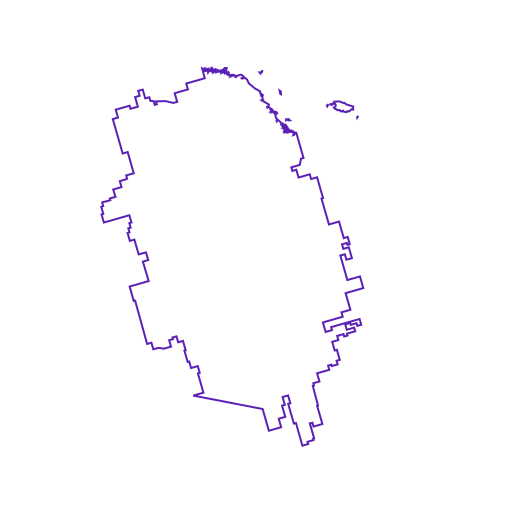 Ashburton, Western Australia, Australia, rotated 74°
{"feature_id": "25037944B95548638033328", "entity_name": "Ashburton", "entity_type": "district", "adm_level": 2, "iso_a3": "AUS", "parent_name": "Australia", "parent_adm1": "Western Australia", "projection": "mercator", "projection_center": [115.241, -22.235], "detail": "fine", "context": "isolated", "style": "outline", "palette": "violet", "viewbox_px": 512, "rotation_deg": 74, "n_neighbors": 0, "source": "geoboundaries", "source_scale": "gbopen_adm2", "svg_char_len": 6052}
<svg xmlns="http://www.w3.org/2000/svg" viewBox="0 0 512 512"><g transform="rotate(74 256 256)"><path d="M345.1,173.8L345.1,203.4L348.2,203.4L348.2,210.0L338.3,210.0L338.3,189.4L333.7,189.4L333.7,180.1L316.4,180.1L316.4,161.7L304.3,161.7L304.3,174.8L278.8,174.8L278.8,170.1L284.5,170.1L284.5,164.4L273.2,164.4L273.2,170.1L268.5,170.1L268.5,165.0L270.5,165.0L270.5,162.6L263.0,162.6L263.0,166.7L245.8,166.7L245.8,177.2L218.9,177.2L218.9,175.6L197.2,175.6L197.2,181.8L192.3,181.8L192.3,193.5L184.2,193.5L184.2,197.6L180.5,197.6L180.5,188.8L174.8,185.9L174.8,183.3L148.8,183.3L148.3,183.9L148.6,184.5L149.0,184.0L148.7,185.0L149.5,185.6L150.2,184.8L149.4,185.8L149.8,185.9L149.9,186.3L150.1,186.3L150.1,186.6L149.3,185.8L149.5,186.5L149.6,187.3L149.0,185.6L147.2,186.1L147.7,185.6L147.1,185.5L145.7,186.7L146.1,187.1L146.0,187.6L145.6,187.1L144.9,188.0L145.1,188.7L145.4,188.5L145.8,188.5L146.2,187.6L146.5,187.5L145.8,188.6L145.1,188.9L145.8,189.3L145.8,188.8L146.6,187.8L146.0,189.3L145.8,189.5L145.0,189.0L143.9,189.7L143.9,190.3L144.3,190.0L145.2,190.3L144.3,190.0L144.1,191.0L146.1,191.7L145.3,193.0L145.3,191.7L144.5,191.6L144.0,192.5L144.0,193.8L144.5,193.7L145.1,194.1L145.1,193.9L145.1,194.2L144.4,193.7L143.9,194.7L142.7,193.4L142.6,194.8L142.0,192.1L141.7,194.8L141.3,193.5L140.2,193.6L141.1,194.2L141.2,194.6L141.0,195.0L141.0,194.2L140.1,193.6L141.3,193.2L141.2,191.6L139.7,193.4L139.8,194.1L140.2,193.8L140.5,194.1L140.3,194.6L140.1,193.9L139.4,194.4L139.5,193.4L138.9,194.7L139.3,193.3L137.7,193.0L137.3,193.2L138.0,193.6L137.0,193.3L135.2,194.5L137.8,193.8L138.1,194.2L136.8,194.8L136.6,195.6L135.2,194.9L131.3,197.3L131.0,198.0L132.1,198.9L131.5,199.0L130.9,198.1L131.0,197.6L128.7,198.8L124.5,198.3L124.6,198.9L124.4,198.2L125.1,198.0L124.4,197.3L123.4,198.7L123.7,199.0L122.6,199.5L122.6,200.6L121.9,199.1L120.0,200.3L121.8,201.3L121.9,201.6L120.6,201.0L120.7,201.7L119.4,200.2L118.1,201.4L118.7,201.6L119.2,202.4L118.0,201.5L115.8,203.0L116.5,204.2L115.7,204.3L115.6,202.8L113.9,201.9L109.9,205.7L109.8,206.5L109.7,205.8L107.8,206.5L108.8,206.2L108.6,207.0L108.1,206.5L107.6,207.3L107.5,206.7L106.8,207.1L107.7,206.4L104.2,206.0L103.5,205.3L102.9,205.6L103.4,206.2L102.8,205.8L102.2,206.3L102.7,206.3L103.1,206.8L101.2,206.9L103.3,205.2L104.5,205.5L103.3,205.1L100.5,206.9L98.8,206.7L94.6,210.9L88.1,215.3L83.7,216.0L80.7,218.5L81.5,218.7L81.8,219.7L80.9,221.8L81.5,219.4L80.2,218.4L77.6,220.2L77.5,225.3L77.9,226.2L79.2,225.4L78.2,226.4L77.3,226.0L75.9,227.5L75.7,228.3L76.2,228.0L77.1,228.3L75.4,228.5L75.4,229.5L76.1,229.9L76.3,230.7L75.2,229.7L74.7,233.5L74.3,231.9L73.2,233.2L73.4,234.6L73.0,232.7L71.9,233.1L72.3,234.2L71.4,235.2L72.1,236.1L72.2,236.6L71.0,234.6L70.1,237.3L70.4,238.5L69.7,238.0L67.8,238.5L68.0,239.9L69.2,239.6L68.2,240.8L68.4,241.4L68.9,240.9L68.6,241.5L67.8,241.8L68.6,243.9L68.5,244.8L67.9,243.3L66.5,243.9L67.6,246.1L66.5,245.6L67.0,248.4L66.4,246.6L65.7,247.3L65.6,246.2L62.9,246.4L62.8,246.9L65.0,248.8L65.6,248.6L65.5,248.9L64.3,248.6L64.2,249.0L66.4,251.5L65.5,251.4L64.7,250.2L63.8,250.1L64.0,251.3L62.8,250.4L62.7,252.7L65.0,254.1L62.0,253.3L62.4,254.3L64.3,255.2L62.5,254.8L63.4,255.8L61.7,255.2L60.9,256.0L71.0,256.3L71.0,275.5L77.1,275.5L77.1,289.3L86.2,289.3L86.0,293.4L82.1,300.5L79.8,309.5L82.8,309.5L82.8,311.7L79.0,311.7L77.7,314.8L74.0,314.8L74.0,319.0L64.8,319.0L64.8,323.7L69.9,323.7L69.9,328.4L79.9,328.4L79.9,336.1L76.7,336.1L76.7,350.5L84.9,350.5L84.9,355.9L120.7,355.9L120.7,350.7L142.8,350.7L142.8,358.6L147.0,358.6L146.4,358.8L146.5,366.3L152.7,366.3L152.7,374.9L160.4,374.8L160.4,380.6L162.2,380.6L162.1,389.1L165.9,389.1L166.1,391.2L173.5,391.2L173.5,393.0L181.9,393.0L181.9,366.5L189.5,366.5L189.5,368.7L194.2,368.7L194.2,371.1L198.4,371.1L198.4,373.1L206.7,373.1L206.7,368.4L222.1,368.3L222.2,360.8L230.2,360.7L230.2,366.3L250.5,366.1L250.5,385.9L265.1,385.9L264.8,385.4L265.7,384.5L310.5,384.9L310.5,380.4L317.4,380.4L317.4,375.1L319.7,370.0L319.7,362.7L313.0,362.7L313.0,358.7L311.3,358.7L311.3,354.6L317.5,354.6L317.5,349.6L327.2,349.6L327.2,350.9L339.0,350.9L339.0,349.3L345.8,349.3L345.8,342.3L352.8,342.3L352.8,344.2L372.9,344.2L372.9,354.8L404.9,291.8L427.5,291.8L427.5,279.0L418.7,279.0L418.7,272.2L407.0,272.2L407.0,269.3L398.9,269.3L398.9,263.6L407.0,263.6L407.0,265.8L427.5,265.8L427.5,263.6L451.1,263.7L451.1,257.7L448.8,257.7L448.8,251.4L447.4,251.4L447.4,250.4L431.8,250.4L431.8,247.7L435.8,247.7L435.8,238.5L416.8,238.5L416.8,237.6L396.4,237.2L396.4,235.9L394.1,235.9L394.1,229.6L385.6,229.6L385.6,216.9L381.2,216.9L381.2,213.5L382.7,213.5L382.7,207.4L378.9,207.4L378.9,204.1L368.5,204.1L368.5,206.4L359.5,206.4L359.5,200.0L355.2,200.0L355.2,193.4L357.7,193.4L357.7,190.0L355.7,190.0L355.7,181.4L351.9,181.4L351.9,189.1L346.3,189.1L346.3,183.9L348.3,183.9L348.3,177.9L351.1,177.9L351.1,173.8L345.1,173.8ZM130.5,133.0L129.4,137.3L130.5,139.9L131.5,138.6L130.6,138.4L132.6,137.7L134.2,138.4L134.7,140.2L136.3,139.5L137.4,137.9L138.3,137.6L138.7,135.4L140.4,134.7L140.4,132.5L140.9,132.8L142.2,130.4L142.1,129.5L142.6,129.4L142.2,127.4L142.7,126.7L141.2,123.3L142.0,122.3L139.1,121.3L135.2,127.4L133.1,128.8L132.9,130.0L130.5,133.0ZM66.7,234.3L68.8,237.9L69.3,238.1L70.0,236.7L69.7,235.3L68.9,234.8L69.6,233.5L67.2,232.4L66.7,234.3ZM138.2,192.4L139.6,193.2L141.8,190.3L139.4,191.2L138.2,192.4ZM103.5,187.7L106.8,188.0L107.4,187.4L104.7,186.8L103.5,187.7ZM142.6,191.3L143.0,193.4L143.8,193.8L143.7,193.3L144.2,191.8L142.6,191.3ZM122.0,199.1L124.8,196.8L124.6,196.3L123.3,196.7L122.0,199.1ZM130.8,142.5L130.2,143.8L131.7,141.2L130.6,140.2L130.8,142.5ZM80.7,201.9L81.8,201.5L80.9,199.7L79.3,198.5L81.1,201.0L80.7,201.9ZM71.9,233.0L72.8,232.3L72.6,231.6L71.6,231.8L71.9,233.0ZM130.9,146.4L131.8,146.2L130.1,144.6L130.9,146.4ZM134.8,186.3L134.0,187.0L133.8,187.8L134.6,187.5L134.8,186.3ZM132.9,189.4L133.7,189.6L133.2,188.2L132.9,189.4ZM137.7,192.2L138.5,191.7L138.9,191.1L137.8,191.5L137.7,192.2ZM149.6,119.0L150.3,120.3L150.8,120.7L151.0,120.7L149.6,119.0ZM65.7,242.9L65.2,243.6L65.2,244.3L65.6,244.3L65.7,242.9Z" fill="none" stroke="#5b21b6" stroke-width="2"/></g></svg>